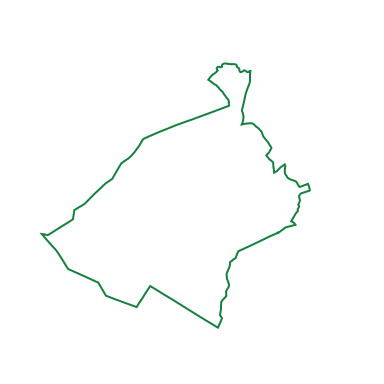 the district of Al-Hatra, Ninawa, Iraq, rotated 32°
{"feature_id": "34846034B76064773860715", "entity_name": "Al-Hatra", "entity_type": "district", "adm_level": 2, "iso_a3": "IRQ", "parent_name": "Iraq", "parent_adm1": "Ninawa", "projection": "equal_earth", "projection_center": [42.575, 35.589], "detail": "fine", "context": "isolated", "style": "outline", "palette": "green", "viewbox_px": 384, "rotation_deg": 32, "n_neighbors": 0, "source": "geoboundaries", "source_scale": "gbopen_adm2", "svg_char_len": 3590}
<svg xmlns="http://www.w3.org/2000/svg" viewBox="0 0 384 384"><g transform="rotate(32 192 192)"><path d="M86.9,307.2L87.5,307.4L97.7,310.6L102.9,312.1L106.4,313.0L109.9,314.3L119.9,319.1L127.1,322.7L127.6,322.9L129.2,322.8L129.7,322.7L146.8,320.3L156.4,319.1L158.5,318.8L160.4,318.4L161.1,318.8L173.3,325.2L173.7,325.4L174.0,325.6L175.9,325.2L184.4,323.5L199.7,320.3L204.4,319.3L206.0,319.0L206.0,315.0L206.2,308.4L206.2,301.4L206.4,293.9L216.5,293.8L219.1,293.8L220.5,293.8L223.1,293.8L231.1,293.6L233.7,293.6L239.7,293.6L242.4,293.6L245.0,293.6L262.9,293.6L265.6,293.6L285.9,293.3L285.5,290.6L285.1,287.5L284.4,283.2L281.0,281.6L279.0,276.8L276.9,273.0L275.1,269.9L275.1,267.6L275.7,265.1L276.2,262.0L275.3,260.8L274.0,258.8L273.6,258.4L273.3,252.8L272.9,251.6L272.2,250.6L267.3,246.7L265.4,244.0L264.7,243.1L264.3,241.2L263.9,238.3L263.5,235.8L263.2,234.7L261.5,231.4L262.2,229.4L262.6,228.1L262.8,227.2L264.0,225.2L262.6,217.9L266.4,212.0L271.2,204.7L277.8,194.3L281.6,188.2L285.4,182.7L286.4,180.6L286.9,180.9L289.8,173.2L290.3,172.3L291.9,170.6L293.6,168.7L295.8,166.4L297.1,165.0L295.4,164.3L294.8,164.2L294.4,164.1L292.9,164.1L292.2,164.2L291.7,164.3L291.7,164.1L291.5,159.4L291.4,156.5L291.4,155.1L291.6,153.6L291.9,152.2L291.6,151.6L291.0,151.2L290.8,150.4L290.7,148.9L290.5,147.7L290.1,147.1L288.8,146.4L288.6,144.2L288.1,142.0L286.9,140.8L284.9,138.8L285.0,137.0L285.1,135.5L286.0,134.4L287.3,132.9L290.9,128.7L291.0,127.9L289.0,126.0L287.7,124.9L286.0,123.6L285.1,124.9L283.7,126.7L281.9,129.2L281.2,129.9L280.4,130.8L278.6,129.9L278.0,129.7L276.3,128.6L275.3,128.2L274.5,128.0L273.1,128.2L272.7,128.2L268.8,129.2L268.4,129.2L267.1,129.3L265.8,129.2L265.3,129.2L264.0,128.4L263.0,128.0L261.2,127.2L260.6,126.6L258.9,123.8L257.8,121.4L257.4,120.5L256.0,119.5L255.2,121.4L254.2,123.8L253.7,125.7L252.8,129.5L252.5,130.1L251.3,132.0L249.9,130.1L246.7,126.2L245.1,123.8L243.1,123.5L239.9,123.1L235.6,121.6L236.4,117.4L236.1,113.4L235.9,112.4L233.6,111.3L230.2,109.6L227.8,108.8L223.0,107.1L220.8,105.4L219.0,104.0L217.7,103.7L216.4,103.3L214.9,102.8L212.9,102.6L211.7,102.6L211.0,102.4L209.7,102.1L209.2,102.0L208.8,101.9L206.7,101.9L206.6,102.0L205.6,102.4L203.4,104.0L201.0,105.8L200.6,106.2L198.4,108.4L198.1,106.7L198.0,106.2L197.4,104.0L196.5,102.4L195.9,101.1L195.3,100.2L194.3,99.2L193.0,98.0L192.2,97.3L191.2,96.6L187.6,85.9L186.9,84.4L185.6,80.6L185.1,78.6L184.5,76.3L183.9,73.1L183.0,68.6L182.1,66.7L179.1,61.9L177.9,59.4L177.4,58.4L176.8,58.9L176.5,60.0L175.5,61.0L174.3,61.0L173.1,60.7L172.1,61.1L171.4,61.5L171.3,62.6L170.6,63.5L170.0,64.5L168.9,64.6L167.8,63.9L167.2,62.8L166.1,62.2L165.1,62.2L163.9,62.2L162.9,61.0L161.9,60.6L160.6,61.0L159.2,61.6L158.1,62.6L157.1,63.0L155.4,63.9L154.1,64.5L152.7,65.0L151.0,66.2L150.4,67.3L150.3,68.6L151.0,69.8L150.4,71.0L149.3,71.2L147.7,72.1L147.3,73.5L147.6,74.4L148.3,74.9L149.4,75.3L149.2,76.6L148.7,78.6L147.6,80.9L146.9,83.6L146.5,86.3L146.4,88.2L148.5,88.3L150.1,88.3L153.0,88.7L156.3,88.6L157.5,89.1L159.0,89.3L160.8,90.1L163.5,90.7L164.7,90.8L168.0,92.4L171.4,93.7L174.5,94.8L177.7,99.2L176.4,100.9L167.7,112.3L159.7,122.6L154.0,130.0L148.8,136.5L142.7,144.3L137.7,151.2L132.0,159.0L126.0,167.7L122.5,173.1L122.7,181.0L122.1,189.1L121.8,190.3L121.5,193.0L120.0,198.0L119.0,200.1L117.7,203.1L116.8,205.5L117.4,223.0L116.0,226.4L114.2,230.4L113.5,233.0L112.6,236.7L110.0,246.3L109.5,249.0L108.5,253.2L107.4,258.2L107.1,259.2L105.6,262.2L104.0,265.3L101.8,269.7L105.5,278.2L103.5,282.6L100.6,288.5L98.1,293.6L95.1,299.9L92.6,305.0L88.9,306.3L88.0,306.7L86.9,307.2Z" fill="none" stroke="#15803d" stroke-width="2"/></g></svg>